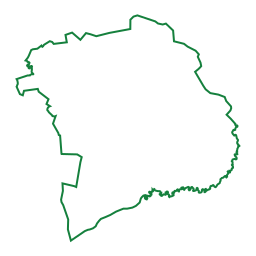 the district of Bursari, Yobe, Nigeria
{"feature_id": "59680162B10627743467335", "entity_name": "Bursari", "entity_type": "district", "adm_level": 2, "iso_a3": "NGA", "parent_name": "Nigeria", "parent_adm1": "Yobe", "projection": "natural_earth1", "projection_center": [11.571, 12.686], "detail": "fine", "context": "isolated", "style": "outline", "palette": "green", "viewbox_px": 256, "rotation_deg": 0, "n_neighbors": 0, "source": "geoboundaries", "source_scale": "gbopen_adm2", "svg_char_len": 5870}
<svg xmlns="http://www.w3.org/2000/svg" viewBox="0 0 256 256"><path d="M95.7,226.3L97.0,223.5L99.0,220.9L100.9,218.9L105.4,217.1L110.2,215.0L116.1,211.6L123.3,208.7L127.0,208.7L132.4,207.6L135.9,205.9L139.7,202.5L140.8,198.6L141.6,197.4L143.4,195.6L145.3,195.1L145.7,195.2L145.6,196.0L145.3,196.4L144.8,196.7L144.9,198.1L145.3,198.8L146.3,199.3L146.7,199.4L147.2,198.7L147.3,198.2L147.0,197.9L146.9,197.2L146.5,196.8L146.6,196.2L147.4,195.7L147.9,195.9L148.1,196.2L148.7,195.9L149.3,196.0L149.8,196.4L150.3,196.1L150.0,195.5L150.3,195.1L150.5,194.9L151.3,194.9L151.5,194.7L151.4,193.2L150.9,193.0L150.4,193.3L149.9,193.1L149.8,192.9L149.3,192.7L149.1,192.2L149.2,191.9L149.3,191.8L149.7,191.7L151.0,192.2L151.5,192.1L151.8,191.6L152.2,191.7L152.7,191.5L153.0,191.2L152.8,190.4L152.5,190.0L152.5,189.7L152.8,190.1L153.2,190.3L154.2,189.0L154.4,189.1L154.7,190.0L155.3,190.5L157.7,191.1L159.6,191.1L160.2,191.4L160.4,192.5L160.7,192.7L161.3,192.7L161.3,193.1L160.5,193.7L159.7,194.1L159.7,194.4L160.1,194.8L160.5,195.0L161.0,194.7L161.3,194.7L161.5,194.9L161.6,195.2L161.6,195.5L161.4,195.8L161.6,195.9L162.0,195.8L163.4,194.5L163.8,194.3L164.5,194.4L165.2,194.8L165.6,194.7L165.9,194.5L166.1,193.8L166.1,193.5L165.7,193.0L165.6,192.4L166.5,192.0L167.0,191.5L167.7,191.7L167.9,192.0L168.0,192.5L167.4,193.4L167.4,193.8L167.7,194.1L168.8,194.5L169.0,194.8L169.3,195.6L169.3,195.8L168.9,196.1L169.0,196.7L169.5,197.1L170.3,196.4L171.7,196.3L172.9,195.6L173.4,195.5L173.6,195.3L173.6,195.0L173.5,194.8L173.5,194.0L173.0,193.6L172.3,193.6L172.4,192.7L172.5,192.5L173.3,192.2L174.2,192.4L174.3,192.1L174.5,191.1L174.7,190.9L175.1,190.9L175.7,191.1L176.2,190.9L176.6,190.6L176.9,189.9L177.5,189.4L178.1,189.6L178.5,189.9L178.2,190.8L178.3,191.2L178.6,191.4L179.0,191.4L179.1,191.0L178.9,190.1L179.3,189.9L179.7,189.4L180.7,189.2L181.1,189.3L182.1,189.0L182.2,188.8L181.7,188.3L181.4,187.9L181.4,187.7L181.6,187.6L182.1,187.6L182.8,187.3L183.1,187.3L183.4,187.7L183.5,188.0L183.3,188.7L183.6,189.0L183.7,189.5L183.9,189.7L184.3,189.8L184.6,189.4L184.6,189.1L184.4,188.8L184.7,188.5L188.2,186.9L188.8,187.1L189.1,187.7L189.1,188.5L188.8,188.8L188.6,189.2L188.9,190.0L189.2,190.3L189.7,190.2L190.3,189.5L191.3,187.2L191.9,187.0L192.2,187.1L192.5,187.8L193.2,188.2L193.5,188.5L193.6,189.4L193.1,190.6L193.3,191.0L194.4,190.9L195.8,190.4L196.4,189.8L196.7,188.2L197.1,187.9L197.5,188.1L197.7,188.4L197.8,188.9L197.7,189.7L197.8,190.0L198.8,190.9L198.8,192.4L199.2,192.7L199.9,192.7L201.1,192.4L201.6,192.0L201.9,191.2L201.9,190.0L202.2,189.5L202.8,189.2L204.0,190.1L204.9,189.7L205.4,189.0L205.8,188.9L206.1,189.3L206.0,190.0L205.1,190.1L204.8,190.2L204.7,190.4L204.7,190.9L205.0,191.2L205.1,191.5L204.9,191.7L204.6,191.6L204.4,191.7L204.4,191.9L204.5,192.1L205.0,192.1L205.7,191.5L206.2,190.7L207.8,190.0L208.5,189.4L209.3,189.4L209.8,189.1L210.2,188.6L210.1,187.5L210.6,186.2L211.1,185.9L211.8,186.0L213.0,185.1L213.3,185.1L213.7,185.5L214.3,186.5L215.2,187.1L215.7,187.1L216.7,185.9L217.1,185.1L217.5,184.6L218.1,184.1L219.6,183.2L220.1,181.6L220.6,180.7L220.4,179.8L220.5,179.2L221.5,178.4L221.8,178.0L223.3,177.6L224.7,176.2L225.3,176.0L225.7,176.2L226.2,177.3L226.4,177.4L226.7,176.9L227.1,176.7L227.1,176.0L226.8,175.4L227.4,174.4L227.9,174.0L228.2,173.0L228.2,172.5L227.7,171.6L228.0,171.3L228.3,171.4L228.6,172.0L229.3,172.6L230.0,172.4L230.1,171.9L229.8,171.5L229.7,170.8L230.4,170.9L231.1,170.2L231.6,170.0L231.8,169.4L231.7,168.9L231.9,168.4L232.9,167.9L233.0,167.7L233.0,166.8L232.7,166.0L232.0,165.3L231.9,164.9L232.3,164.5L232.7,164.4L232.5,163.4L232.6,162.3L232.5,161.9L231.8,161.3L231.8,161.1L232.2,160.7L232.6,159.5L234.6,158.9L235.9,159.4L236.5,159.1L236.7,158.1L236.4,157.4L235.0,155.8L234.8,155.3L234.7,154.5L235.0,154.3L236.8,154.4L237.3,154.2L237.2,153.6L236.5,152.6L236.6,151.9L237.2,151.7L236.9,150.6L237.3,149.9L237.3,148.9L238.2,147.1L238.2,146.2L238.4,146.1L238.9,146.3L239.4,145.9L239.2,145.5L238.3,145.1L238.1,144.5L237.7,144.2L237.6,143.6L237.2,143.2L237.2,142.1L237.7,141.2L238.0,140.0L236.8,138.3L236.4,136.3L236.1,135.2L235.7,134.9L235.2,134.8L234.9,135.0L234.5,135.5L234.2,135.5L232.8,133.9L232.2,132.7L232.2,132.1L233.5,129.9L234.0,129.8L234.6,130.1L235.2,129.8L235.2,129.4L235.4,128.5L236.3,126.6L236.5,126.6L237.2,126.8L237.4,126.6L237.4,125.7L237.2,125.5L236.9,125.4L236.5,125.6L235.8,125.5L235.2,124.7L235.4,124.0L230.8,118.8L226.6,114.7L230.4,110.5L231.2,108.2L231.0,106.4L226.2,101.0L224.7,97.0L218.4,94.6L210.3,93.1L205.6,89.3L203.3,85.8L195.1,71.8L198.5,69.0L200.2,67.3L201.2,66.1L200.5,62.6L197.8,56.8L198.8,54.3L195.6,50.7L187.6,46.6L184.0,43.8L174.0,41.3L173.1,30.5L165.9,23.6L162.7,24.5L158.0,23.5L155.3,21.4L137.4,15.4L133.5,16.6L130.4,19.7L130.3,29.0L109.4,32.9L96.3,36.2L90.6,34.3L86.0,33.1L80.4,39.8L72.1,32.6L65.5,34.9L66.8,42.3L53.7,43.9L52.2,42.0L49.8,41.2L44.0,44.8L43.0,46.3L42.3,46.8L41.6,46.1L41.4,45.6L37.4,48.7L32.8,49.3L31.2,50.1L28.8,55.8L27.8,57.7L25.6,60.5L26.8,60.8L27.5,61.5L27.6,61.9L28.8,62.1L29.3,62.5L29.5,62.8L28.8,64.7L28.3,64.4L28.0,64.4L27.5,64.8L27.1,65.6L27.4,66.1L27.7,65.8L28.5,66.4L28.8,67.1L28.8,68.2L29.7,68.4L29.8,68.2L29.6,67.0L29.9,66.5L30.9,66.5L31.2,66.4L31.3,66.0L31.6,66.0L32.0,66.4L31.8,67.2L31.9,69.9L31.6,71.2L31.7,72.1L32.0,72.7L33.2,73.8L33.3,74.1L33.1,74.3L31.6,74.2L30.1,75.0L29.9,75.4L27.5,75.5L16.6,79.1L17.3,80.4L17.6,81.7L17.8,83.1L17.7,84.2L17.2,85.1L16.9,86.3L16.6,86.7L19.9,94.1L22.8,95.3L24.0,90.8L37.8,88.9L38.7,91.7L48.5,99.2L46.5,104.0L50.0,106.2L49.0,106.6L47.9,107.7L47.3,109.2L47.4,110.3L48.4,111.3L48.8,112.2L52.4,115.6L52.5,116.1L54.6,116.5L55.6,116.1L53.0,123.7L58.3,133.0L58.8,135.0L60.1,135.5L61.5,153.9L61.6,154.0L77.2,154.4L81.7,157.1L80.4,162.2L76.2,187.0L74.1,186.1L62.5,183.4L62.9,190.9L61.1,199.6L61.5,202.1L63.2,205.1L68.2,219.5L67.9,229.4L70.9,240.6L84.8,231.1L87.9,229.8L89.7,229.5L93.0,228.3L95.7,226.3Z" fill="none" stroke="#15803d" stroke-width="2"/></svg>